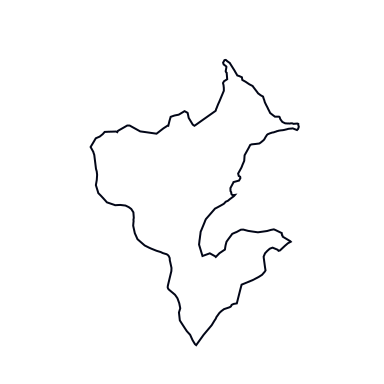 the district of Yarim, Ibb, Yemen, rotated 209°
{"feature_id": "15242507B58616339895534", "entity_name": "Yarim", "entity_type": "district", "adm_level": 2, "iso_a3": "YEM", "parent_name": "Yemen", "parent_adm1": "Ibb", "projection": "natural_earth1", "projection_center": [44.288, 14.289], "detail": "fine", "context": "isolated", "style": "outline", "palette": "ink", "viewbox_px": 384, "rotation_deg": 209, "n_neighbors": 0, "source": "geoboundaries", "source_scale": "gbopen_adm2", "svg_char_len": 5013}
<svg xmlns="http://www.w3.org/2000/svg" viewBox="0 0 384 384"><g transform="rotate(209 192 192)"><path d="M163.8,256.9L163.8,257.8L163.8,258.1L163.9,261.4L162.9,262.6L159.6,264.9L157.4,266.5L156.6,267.1L155.7,269.0L154.5,272.1L154.3,273.2L154.3,274.2L154.3,275.6L154.1,278.3L153.8,279.2L153.7,279.3L153.2,279.9L152.7,280.6L152.2,281.2L151.6,281.8L151.1,282.4L150.9,282.6L150.5,283.0L149.8,283.5L149.1,284.2L148.5,284.9L147.9,285.5L147.4,286.1L147.2,286.4L146.8,286.7L146.2,287.3L145.6,287.9L144.9,288.4L144.3,288.9L143.7,289.3L143.4,289.5L143.0,289.8L142.4,290.2L141.7,290.8L141.1,291.3L140.5,291.9L139.8,292.5L139.2,293.1L138.6,293.7L138.3,294.0L138.0,294.2L137.3,294.7L136.6,295.2L135.9,295.6L135.3,296.1L134.7,296.5L133.8,296.6L130.2,297.1L129.8,298.6L130.2,300.8L130.7,301.3L131.6,302.2L132.1,303.1L132.9,303.0L134.2,302.2L136.3,300.8L137.2,300.7L137.7,300.6L138.5,300.2L139.2,299.7L139.3,299.6L139.5,299.4L141.2,298.5L142.2,298.0L143.3,297.5L143.4,297.4L143.8,297.3L144.1,297.2L147.0,297.1L149.4,298.2L149.9,298.4L151.7,300.0L152.3,300.1L156.0,298.1L158.3,298.4L162.0,299.0L162.4,299.3L163.2,299.9L166.2,301.9L166.5,302.2L169.1,303.9L171.8,305.8L172.2,306.2L173.6,307.6L174.0,307.9L174.8,308.6L176.1,309.9L179.1,309.9L180.2,310.1L182.0,310.3L183.0,310.8L185.5,311.9L189.6,313.7L189.7,313.8L189.9,313.9L190.4,314.1L194.0,314.0L198.7,314.4L200.3,314.4L202.3,314.4L202.8,315.0L203.5,315.9L203.9,316.5L204.3,316.5L206.8,316.3L208.9,315.9L210.5,316.9L212.9,318.3L213.0,318.4L213.3,318.6L220.9,322.8L221.3,323.1L221.9,323.2L224.6,323.5L226.4,323.9L226.5,323.9L227.5,323.1L227.5,321.7L227.5,320.2L226.9,319.6L226.1,318.9L225.9,318.9L223.2,318.5L222.6,318.2L222.1,316.9L221.1,314.0L220.7,313.6L220.0,313.2L219.5,313.1L217.9,310.7L215.9,307.7L216.7,306.2L217.7,304.4L217.7,302.3L217.5,302.1L216.2,300.7L215.3,299.4L214.7,298.6L214.6,298.4L214.3,297.9L213.8,297.0L213.3,296.1L213.2,295.8L213.2,295.7L212.0,284.9L211.8,282.7L211.8,282.4L211.6,280.5L211.1,276.8L211.1,276.3L211.1,276.1L210.9,275.6L210.7,274.5L210.8,274.2L216.9,261.6L217.1,261.2L221.3,252.4L222.0,251.1L224.0,251.3L230.8,255.2L234.0,258.9L234.3,259.1L237.7,259.1L237.8,259.0L238.2,258.2L241.1,253.2L243.7,251.0L244.5,250.3L246.2,248.4L247.1,247.4L246.2,243.4L244.9,238.6L245.3,238.6L247.7,234.1L247.9,233.7L250.6,227.4L251.3,225.8L255.5,224.2L261.8,221.8L266.7,219.9L271.8,219.9L272.5,219.9L272.8,219.9L278.7,219.9L280.9,218.7L286.4,209.6L286.4,209.1L286.4,208.1L287.0,208.1L287.7,208.1L292.4,205.3L293.8,204.5L297.5,202.2L298.1,199.4L299.6,195.7L301.0,193.9L302.2,192.3L302.2,192.2L302.3,188.4L302.5,182.2L297.7,179.2L297.4,178.8L295.5,177.1L291.7,171.9L287.2,165.7L285.3,163.8L283.3,161.0L281.1,156.3L279.4,151.4L277.1,149.2L274.7,146.9L273.4,145.6L269.9,144.6L264.2,142.7L261.7,141.8L261.4,141.7L253.6,143.1L252.8,143.2L248.5,145.9L243.6,147.9L240.0,148.1L236.9,147.7L233.4,145.8L230.4,141.2L229.7,139.2L229.0,138.3L228.2,136.4L227.1,134.0L225.0,131.6L222.0,128.2L221.9,128.1L220.9,127.4L216.8,124.3L210.3,122.9L207.4,122.3L202.5,122.5L200.2,122.7L194.5,123.4L190.3,124.3L188.6,124.4L188.1,124.4L185.7,124.9L184.0,125.3L182.3,125.1L181.1,124.6L179.5,123.4L178.3,121.5L176.5,119.5L175.1,117.9L173.1,115.6L171.7,112.8L168.1,99.8L167.6,98.1L167.1,96.9L166.7,96.5L166.3,96.1L165.4,95.6L164.7,95.4L162.7,95.0L157.1,93.9L155.6,93.2L153.2,92.0L149.2,88.5L145.9,84.6L145.0,80.3L140.4,73.8L138.4,72.7L132.4,69.5L128.9,67.7L124.4,66.2L119.7,62.7L115.7,60.4L114.1,60.1L112.6,72.8L110.2,85.1L110.0,90.3L109.8,92.7L110.0,94.5L109.4,99.5L108.6,102.0L107.2,105.1L103.7,108.9L103.0,109.8L102.5,110.8L102.6,112.5L101.3,114.3L98.8,116.3L102.3,129.5L103.7,135.0L96.2,144.4L92.5,150.0L90.6,153.5L89.8,157.2L89.7,158.2L89.7,159.1L90.5,160.1L91.9,161.9L95.7,167.0L96.1,167.6L96.9,168.6L98.0,170.2L98.4,173.8L97.6,177.0L96.5,180.1L96.2,180.4L95.6,181.2L94.5,182.4L89.1,183.0L87.8,182.5L86.7,183.6L84.6,190.1L84.1,191.4L83.3,193.6L81.5,196.4L82.1,196.6L84.6,196.7L91.0,196.9L92.0,198.0L92.5,198.0L93.6,199.6L94.9,199.5L100.6,199.2L102.3,199.0L104.6,197.1L107.4,194.3L114.8,188.7L119.5,186.9L124.1,185.2L128.9,184.0L131.0,182.7L133.8,178.3L134.0,178.2L136.5,174.9L136.9,171.7L137.3,168.9L137.6,166.2L137.7,165.2L136.8,161.7L136.2,160.0L135.3,157.6L135.7,156.8L135.8,156.7L138.3,151.8L139.7,146.7L140.7,147.0L146.7,147.0L147.2,146.4L151.8,141.1L159.4,148.5L160.4,149.5L160.9,150.8L162.0,153.4L162.5,154.8L163.8,158.0L164.0,158.6L164.9,160.8L165.2,161.6L165.3,162.9L166.4,172.3L166.5,172.6L166.7,174.9L166.7,175.0L163.9,188.3L163.9,188.5L163.3,189.4L162.3,190.9L161.3,192.5L160.9,193.1L158.5,197.0L158.2,198.0L157.8,199.8L156.3,201.8L155.6,203.7L153.3,208.9L153.0,210.3L153.8,209.7L154.9,209.0L155.7,209.0L156.5,209.3L157.0,209.9L157.6,210.8L158.8,211.5L159.5,212.7L160.2,213.9L160.3,214.1L160.4,220.3L160.5,220.8L156.4,224.8L156.4,227.6L157.3,228.7L158.9,228.7L160.6,230.5L160.6,234.1L160.6,234.5L160.6,235.7L160.6,236.9L160.7,238.2L161.0,240.2L161.2,242.3L161.4,244.2L161.5,244.7L163.8,249.6L163.8,252.1L163.8,256.9Z" fill="none" stroke="#020617" stroke-width="2"/></g></svg>